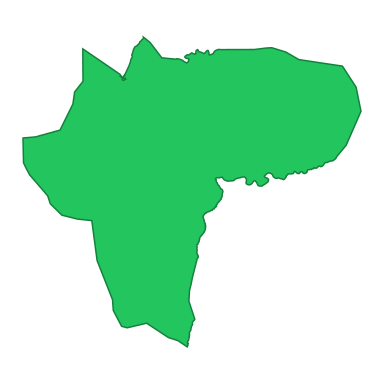 outline of Xutag-O'ndor, Bulgan, Mongolia
{"feature_id": "93677404B82313328470965", "entity_name": "Xutag-O'ndor", "entity_type": "district", "adm_level": 2, "iso_a3": "MNG", "parent_name": "Mongolia", "parent_adm1": "Bulgan", "projection": "albers", "projection_center": [103.033, 49.288], "detail": "fine", "context": "isolated", "style": "filled", "palette": "green", "viewbox_px": 384, "rotation_deg": 0, "n_neighbors": 0, "source": "geoboundaries", "source_scale": "gbopen_adm2", "svg_char_len": 5872}
<svg xmlns="http://www.w3.org/2000/svg" viewBox="0 0 384 384"><path d="M113.3,310.5L121.6,326.3L127.2,327.8L146.6,323.2L168.5,337.6L177.9,340.6L187.2,346.9L187.6,346.2L187.7,345.8L187.9,345.5L187.7,345.1L187.7,344.3L188.2,343.9L188.3,343.6L188.2,343.3L187.5,343.0L187.4,341.9L188.0,341.1L188.5,340.5L188.8,339.3L188.8,338.4L189.2,337.6L189.2,336.8L189.6,334.6L189.2,333.7L189.4,333.3L189.4,332.8L189.6,332.3L189.6,331.9L190.1,331.3L190.2,331.0L190.7,330.5L190.7,330.1L190.9,329.8L190.8,329.2L191.0,328.7L191.0,328.4L191.1,328.1L191.1,327.7L191.4,327.2L191.4,326.5L192.5,324.7L192.5,323.9L192.4,322.9L192.5,322.1L192.9,321.5L194.1,320.4L194.8,319.2L188.9,301.2L189.5,290.8L191.2,283.7L191.9,280.2L192.6,276.8L197.3,258.3L198.1,257.7L198.2,257.4L198.2,256.1L198.0,255.3L197.3,254.4L197.0,253.5L196.9,251.3L197.1,250.7L197.1,250.2L196.9,248.3L197.1,247.0L196.9,245.7L196.9,245.1L197.1,244.5L197.8,244.2L198.0,244.0L198.0,243.3L198.1,243.1L198.2,242.8L198.8,242.1L199.0,241.5L199.2,241.2L199.2,240.3L199.5,239.6L199.6,239.0L199.6,238.4L199.7,237.9L199.9,237.7L200.0,237.3L200.7,236.5L201.0,236.2L201.4,235.3L202.0,235.0L202.7,234.0L203.0,233.7L203.2,233.3L203.6,233.0L203.9,232.5L204.2,232.1L204.1,231.6L204.9,230.8L205.1,229.5L205.3,229.2L205.6,228.5L205.6,228.1L205.2,227.4L205.4,227.0L205.6,226.8L205.7,226.2L205.6,225.7L205.1,225.0L205.4,224.5L205.3,223.8L205.2,223.5L204.8,223.2L204.5,222.1L204.5,221.5L204.3,220.6L203.8,220.1L203.9,219.8L203.7,219.3L203.8,219.1L203.0,217.0L203.2,216.3L203.2,216.0L203.5,215.3L204.5,214.3L204.8,213.7L205.7,213.2L206.0,212.7L206.4,212.8L206.8,212.4L208.7,211.6L209.6,211.4L210.5,210.8L211.2,210.4L212.2,210.4L212.3,210.2L212.3,209.8L213.0,209.4L213.2,209.1L214.0,208.7L214.3,208.7L214.3,208.3L214.7,208.0L214.7,207.7L214.8,207.5L215.4,207.2L215.6,206.8L216.2,206.7L216.4,206.5L216.5,206.2L216.1,205.5L216.1,205.4L217.0,204.5L217.5,203.2L218.7,202.2L219.0,201.7L219.5,201.3L219.7,201.1L219.9,200.3L221.0,199.5L221.3,198.0L221.4,197.7L221.8,197.3L222.1,196.3L222.2,194.7L222.2,194.3L222.3,194.0L222.5,193.1L222.9,191.8L222.9,191.5L222.6,190.4L222.1,189.4L221.0,188.9L220.0,187.6L219.3,186.1L218.7,185.4L217.8,184.6L217.6,184.1L217.3,183.0L216.8,182.5L216.2,181.4L216.1,180.6L216.2,180.3L216.2,179.7L215.5,179.3L215.4,179.1L215.5,178.6L216.9,177.6L219.0,177.9L219.6,177.8L221.4,177.2L222.1,177.2L222.4,177.4L223.8,179.4L224.4,179.9L226.1,180.7L226.8,180.9L227.7,181.1L231.2,180.9L233.2,180.7L233.8,180.5L234.3,180.1L235.3,179.1L236.1,178.7L238.2,178.1L240.4,177.7L241.3,177.3L242.8,177.0L244.2,177.0L244.7,177.2L245.5,177.8L246.2,178.8L246.5,180.2L246.0,182.9L246.2,183.4L246.5,183.9L247.4,184.5L249.2,184.9L249.8,184.8L250.9,184.4L251.9,183.5L253.7,181.1L254.4,180.6L255.2,180.9L256.4,182.2L257.0,183.2L257.4,184.3L258.2,185.6L258.8,185.9L259.3,186.0L261.4,186.1L262.1,186.0L263.4,185.0L264.8,184.3L267.9,181.9L268.1,181.6L268.5,180.3L268.5,179.4L268.3,179.0L267.5,178.3L265.6,177.6L264.6,176.7L264.4,176.4L264.4,176.0L265.7,174.9L266.4,174.0L268.3,173.0L269.5,173.0L271.3,173.6L272.5,174.9L272.8,175.3L273.1,176.4L273.4,176.8L274.0,177.3L275.7,178.3L276.6,178.4L277.4,178.2L278.1,177.9L278.5,177.9L280.5,178.7L281.9,178.9L283.4,179.6L283.8,179.5L284.2,179.3L284.8,178.8L285.4,177.8L285.9,177.3L286.2,176.9L286.2,176.0L286.8,175.4L287.4,174.9L287.9,174.2L289.5,173.8L291.4,173.9L293.1,173.6L293.5,173.3L294.3,171.7L294.9,171.4L295.3,171.5L296.5,172.8L297.1,173.2L297.8,173.5L298.8,173.6L299.2,173.4L300.2,172.5L300.7,171.9L301.0,171.7L301.6,171.7L302.2,171.8L302.6,172.3L302.9,172.9L303.7,173.4L304.7,173.5L305.5,173.3L306.9,172.3L307.1,171.6L307.1,171.0L307.2,170.6L307.9,169.8L309.7,169.7L310.5,169.3L311.3,169.5L312.5,168.8L313.8,168.5L313.9,168.3L313.9,167.8L314.3,167.8L315.8,168.2L316.5,168.1L316.9,167.9L317.7,167.3L318.4,166.2L318.9,166.0L319.8,166.1L320.8,166.7L321.5,166.5L322.5,166.0L323.3,165.2L324.6,163.3L325.1,162.8L325.7,162.6L327.4,162.4L328.4,161.8L330.4,161.1L331.0,160.9L332.1,161.0L333.2,160.6L335.3,158.9L335.7,158.5L336.2,157.9L336.5,156.9L346.2,145.2L361.0,111.3L356.1,87.2L342.4,66.1L298.9,59.6L285.8,52.0L271.7,47.7L265.4,48.1L254.4,49.5L220.4,49.6L219.2,49.4L218.2,49.5L217.1,50.0L216.5,50.1L215.1,50.8L214.0,52.0L213.4,53.3L212.9,53.8L210.2,54.8L209.5,54.9L209.3,54.9L209.1,54.6L209.0,53.1L208.6,51.6L208.4,50.9L208.0,50.4L207.5,50.4L207.1,50.6L206.1,51.5L204.7,53.2L204.2,53.5L203.8,53.5L201.5,52.4L200.4,52.0L199.2,51.8L198.8,51.5L197.9,49.8L197.6,49.6L196.4,50.3L196.0,50.9L195.9,51.5L195.9,53.1L195.8,53.6L195.5,54.0L194.5,54.2L194.2,53.9L192.9,53.5L192.1,53.0L191.6,52.9L189.0,54.8L188.2,55.0L187.1,54.8L186.8,55.0L185.1,56.3L184.9,56.6L184.8,57.0L185.0,57.4L185.4,57.9L186.3,58.3L187.9,58.6L188.8,59.1L188.9,59.3L188.7,60.4L187.8,62.4L187.2,62.7L186.4,62.8L184.3,61.8L183.4,60.9L182.7,60.4L180.0,59.3L178.5,58.9L176.4,58.8L175.9,59.2L161.8,57.8L150.0,42.4L143.4,37.1L143.5,37.7L143.5,37.9L143.0,38.8L141.8,39.9L141.2,40.8L140.0,41.6L139.7,42.2L139.4,43.1L138.9,43.8L137.6,44.9L136.6,46.1L135.7,46.4L135.0,46.8L134.6,47.3L133.8,48.9L133.2,50.5L132.7,52.7L131.8,54.8L131.8,55.3L132.3,56.4L132.3,56.8L132.1,57.4L131.3,58.6L130.9,59.5L130.1,63.1L129.7,63.7L129.2,65.3L125.1,74.2L124.7,74.4L124.5,74.8L124.6,75.2L124.8,75.6L124.5,75.8L123.8,75.9L123.5,76.2L123.4,76.7L123.5,78.1L123.6,78.5L124.2,79.2L124.7,79.3L125.1,79.0L125.2,78.6L125.2,78.3L125.2,78.2L125.3,78.2L125.4,78.8L125.6,79.1L125.1,79.1L124.9,79.3L124.3,80.1L123.3,80.4L122.8,80.3L122.2,79.2L122.2,77.9L122.0,77.1L121.8,76.9L121.4,76.8L121.6,76.6L121.6,76.3L121.2,76.2L121.1,76.5L120.9,76.8L120.1,76.4L120.1,76.2L120.3,76.0L120.4,75.7L120.6,75.4L120.6,75.2L120.3,74.9L120.2,74.5L105.4,64.3L82.8,48.9L83.0,81.3L74.6,92.0L72.9,104.0L60.0,130.1L35.4,136.9L23.0,138.0L23.5,162.8L26.1,168.2L29.6,174.8L47.7,195.8L50.3,203.8L61.9,215.2L77.5,219.1L91.8,220.6L97.1,260.6L112.5,299.6L113.3,310.5Z" fill="#22c55e" stroke="#15803d" stroke-width="1.5"/></svg>